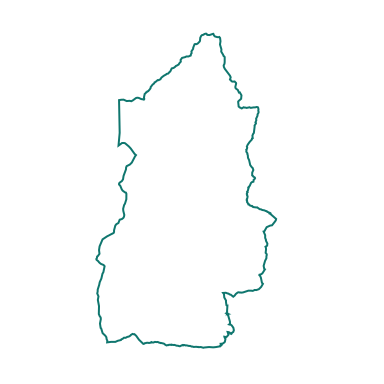 the district of Borsa, Maramures, Romania, rotated 277°
{"feature_id": "2599482B59902252532160", "entity_name": "Borsa", "entity_type": "district", "adm_level": 2, "iso_a3": "ROU", "parent_name": "Romania", "parent_adm1": "Maramures", "projection": "orthographic", "projection_center": [24.861, 47.649], "detail": "fine", "context": "isolated", "style": "outline", "palette": "teal", "viewbox_px": 384, "rotation_deg": 277, "n_neighbors": 0, "source": "geoboundaries", "source_scale": "gbopen_adm2", "svg_char_len": 5949}
<svg xmlns="http://www.w3.org/2000/svg" viewBox="0 0 384 384"><g transform="rotate(277 192 192)"><path d="M175.5,278.8L179.5,272.9L180.4,272.6L180.7,272.0L180.2,271.4L181.2,270.6L181.4,269.2L182.1,268.5L182.1,267.6L182.6,266.1L182.7,263.9L183.2,262.6L183.2,261.3L184.7,258.5L184.5,258.0L184.5,254.7L184.8,254.4L184.8,253.9L185.5,253.3L185.4,252.5L185.8,250.9L186.5,250.4L186.5,249.6L187.1,249.4L187.3,248.9L188.4,248.4L188.7,247.9L189.7,247.8L190.1,247.4L190.8,247.6L191.4,247.2L192.8,247.7L194.6,247.7L195.2,247.1L196.3,247.0L196.7,246.6L197.7,246.7L198.4,247.2L199.0,246.7L199.8,247.2L202.5,247.6L202.9,247.3L203.4,247.8L203.9,247.6L205.2,248.6L208.0,249.4L209.0,250.1L209.7,251.7L211.6,251.7L212.3,252.4L213.4,252.9L214.0,252.6L214.9,250.8L215.3,250.6L215.8,249.7L218.6,249.4L221.3,250.2L223.2,249.3L223.8,248.4L225.8,246.5L230.6,244.8L232.8,243.4L235.3,242.9L236.4,242.3L237.1,242.3L238.6,241.0L240.0,241.0L240.5,240.7L241.3,241.2L242.7,241.4L243.7,240.9L245.7,241.5L248.7,243.1L251.4,245.0L252.4,245.0L252.8,245.7L255.3,245.1L257.1,245.6L258.2,246.2L264.5,246.2L265.6,246.0L267.8,247.1L268.2,247.1L268.8,246.5L271.1,247.1L272.5,246.7L275.6,247.7L277.1,247.6L278.4,248.2L279.5,248.4L280.6,247.9L282.1,247.9L283.4,247.5L284.1,247.1L284.3,246.0L283.7,244.4L283.5,242.9L282.7,240.2L282.7,239.8L283.1,238.8L282.1,235.9L282.3,235.0L282.2,234.0L282.4,232.9L281.2,231.5L281.0,230.9L281.6,229.9L281.6,229.3L282.5,227.9L287.2,226.8L287.9,227.1L290.5,229.4L294.0,229.3L296.7,227.3L296.4,226.5L298.9,225.0L299.8,223.3L300.7,222.4L301.8,222.2L304.9,222.6L305.6,222.4L306.9,220.8L306.5,219.1L306.7,217.8L307.7,216.9L308.2,216.0L310.6,216.4L312.1,215.5L318.3,209.5L320.0,208.4L321.5,208.0L323.2,208.6L325.0,208.6L329.9,208.0L330.6,207.3L330.8,206.8L332.1,206.1L334.9,203.9L337.2,203.8L341.8,201.8L345.1,201.9L348.3,201.1L349.2,200.2L348.9,199.6L348.8,198.2L349.2,195.8L350.0,194.8L351.6,193.9L351.5,193.5L349.9,190.2L349.8,188.0L350.8,187.1L350.9,186.6L350.3,185.0L349.5,184.3L349.0,182.9L348.1,182.1L346.1,181.4L343.0,181.5L342.2,181.2L340.2,179.7L339.5,178.8L339.2,178.1L339.3,177.1L338.9,176.5L335.3,175.6L334.3,175.7L331.5,174.3L329.8,174.7L328.5,174.1L327.3,174.1L326.1,172.0L325.8,169.8L325.1,168.9L323.9,165.8L321.7,164.6L320.0,165.0L318.0,163.6L317.0,163.3L315.6,161.5L315.1,160.6L314.3,160.1L312.9,158.6L312.2,156.8L308.9,155.7L308.3,155.0L306.7,154.0L306.1,152.4L305.6,152.1L303.9,149.8L301.8,147.7L300.0,146.9L299.4,145.8L298.9,145.3L298.9,144.3L296.7,142.3L296.3,141.5L295.2,141.2L293.8,139.8L291.1,138.2L290.0,138.2L288.8,137.6L286.7,136.2L286.4,135.4L285.8,135.1L285.2,134.2L284.5,134.0L283.6,133.1L280.0,132.8L278.5,133.3L277.9,133.1L277.8,132.8L278.1,131.2L278.0,130.5L278.9,127.6L278.9,126.1L278.4,124.9L275.8,122.2L274.7,120.7L274.9,119.0L274.3,116.1L275.3,112.9L275.0,110.8L274.3,108.4L241.9,113.0L229.1,113.4L232.1,116.6L232.4,118.6L232.2,119.7L229.5,123.8L227.7,125.9L222.8,130.4L221.8,131.9L220.4,131.1L213.9,128.7L211.7,127.0L209.7,124.0L208.3,123.6L206.4,123.7L199.6,122.1L196.2,122.0L194.2,121.0L192.9,119.5L191.7,118.6L190.5,118.7L189.5,120.0L186.0,122.0L184.9,123.0L183.4,125.7L183.3,126.5L182.2,127.1L176.8,127.7L172.3,126.9L170.7,126.2L166.9,125.7L164.9,126.1L161.0,127.6L159.2,127.5L157.9,127.0L156.6,125.7L155.7,123.6L152.2,122.7L150.9,120.9L149.4,120.0L144.6,119.3L142.8,119.5L141.8,119.2L137.7,113.2L134.1,109.0L126.8,106.9L123.0,106.8L119.4,107.7L117.0,106.4L116.4,105.7L115.0,105.7L113.8,105.2L113.1,105.5L111.8,107.5L110.9,108.3L110.0,109.6L109.5,110.5L108.8,113.1L107.7,114.3L101.6,113.8L100.0,113.1L95.1,112.6L91.2,111.4L88.5,111.2L83.6,110.3L81.6,110.5L79.8,110.3L77.0,111.9L73.4,111.7L67.4,113.6L59.5,114.4L57.4,115.6L56.4,116.6L54.8,117.0L50.2,116.7L45.9,117.9L45.5,118.5L41.0,120.5L38.8,123.5L37.4,124.7L35.5,125.2L34.0,126.1L32.4,126.1L33.4,130.0L33.9,134.2L35.3,136.5L36.4,139.5L37.2,139.9L37.8,141.0L39.1,142.3L39.2,143.9L40.3,145.4L40.8,146.9L41.9,148.3L42.6,148.7L43.9,150.3L43.6,152.1L43.8,152.3L42.5,154.1L38.9,157.4L35.3,162.2L35.5,162.9L36.2,163.6L36.4,164.6L36.7,165.0L37.0,166.5L36.9,167.7L37.5,169.6L37.8,169.6L38.1,170.1L37.8,170.5L37.9,172.0L38.7,173.5L38.7,175.2L39.0,176.3L38.5,177.6L38.5,178.4L38.2,179.0L38.4,179.6L38.1,182.3L37.9,183.0L37.2,183.9L36.6,185.4L37.1,186.6L37.1,187.1L37.6,187.9L37.7,189.5L38.0,189.9L37.7,190.4L37.9,190.9L37.9,192.7L38.1,193.3L37.6,195.4L37.7,196.9L37.5,197.6L37.4,198.8L38.6,200.6L39.0,201.4L38.7,201.8L39.1,202.1L39.1,203.0L39.2,203.4L38.9,204.1L39.1,205.5L38.8,207.9L39.0,208.7L38.5,210.8L38.7,211.4L38.4,212.5L38.9,215.1L38.8,216.3L39.0,216.8L38.8,217.6L39.2,219.6L38.8,222.3L39.1,222.9L40.2,227.8L40.4,232.0L41.0,234.6L42.1,238.2L42.9,238.7L42.7,238.9L43.3,239.2L43.3,239.8L43.7,240.0L44.2,239.4L44.5,239.7L44.9,239.3L45.1,240.2L45.0,240.6L46.8,242.6L47.5,242.9L50.2,243.1L51.5,242.1L52.3,241.8L52.3,242.5L52.0,243.1L52.0,243.5L52.9,244.4L54.8,245.6L57.4,244.4L57.4,245.5L56.9,246.8L56.1,247.5L56.0,248.2L55.5,249.0L56.1,248.5L56.7,248.3L58.1,250.0L59.9,250.4L62.3,249.6L64.4,247.7L65.3,246.1L65.0,245.6L65.1,245.0L66.0,245.8L68.1,245.4L73.5,243.1L74.3,242.5L74.1,243.0L74.4,243.0L75.1,242.6L75.4,241.9L75.5,242.3L75.9,241.0L76.5,241.7L76.9,241.6L76.5,241.4L83.5,241.0L83.4,240.7L83.8,240.0L87.1,239.1L88.4,239.0L91.2,236.9L94.5,236.2L95.6,235.2L96.1,237.8L95.6,239.9L95.6,240.6L94.9,241.9L94.8,243.0L93.1,245.7L94.3,246.9L96.1,247.9L97.8,249.6L98.2,250.7L98.0,251.8L98.2,252.5L98.1,253.1L98.5,254.8L100.9,259.9L101.3,263.0L101.2,263.9L101.6,265.0L102.4,266.1L102.5,267.8L103.7,270.2L106.2,272.2L109.5,273.6L110.4,272.5L115.4,270.8L117.2,269.7L117.6,269.0L118.1,269.0L118.9,270.8L119.9,271.8L124.1,273.8L124.4,273.1L127.4,272.1L132.5,272.9L135.3,273.9L137.4,273.7L138.7,273.9L139.7,273.5L140.6,272.5L143.9,272.5L145.6,272.2L146.6,271.6L147.9,273.1L150.0,273.1L152.7,271.3L153.4,271.3L155.4,270.2L158.0,269.9L161.5,267.9L161.8,268.6L166.2,270.4L168.2,273.7L168.7,275.5L173.2,278.2L174.4,278.7L175.5,278.8Z" fill="none" stroke="#0f766e" stroke-width="2"/></g></svg>